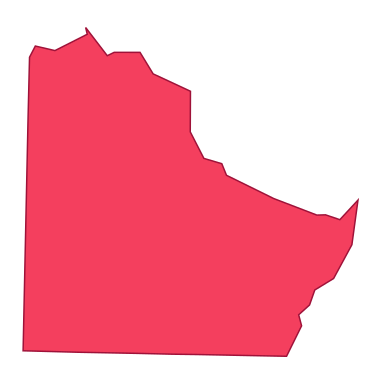 outline of Forsyth, Georgia, United States of America, rotated 271°
{"feature_id": "52423323B49486175403600", "entity_name": "Forsyth", "entity_type": "district", "adm_level": 2, "iso_a3": "USA", "parent_name": "United States of America", "parent_adm1": "Georgia", "projection": "robinson", "projection_center": [-84.104, 34.193], "detail": "fine", "context": "isolated", "style": "filled", "palette": "rose", "viewbox_px": 384, "rotation_deg": 271, "n_neighbors": 0, "source": "geoboundaries", "source_scale": "gbopen_adm2", "svg_char_len": 559}
<svg xmlns="http://www.w3.org/2000/svg" viewBox="0 0 384 384"><g transform="rotate(271 192 192)"><path d="M29.6,200.2L29.4,289.4L60.1,303.9L71.1,300.8L81.1,311.5L96.2,316.5L108.0,335.1L142.1,352.8L186.8,358.1L166.9,340.3L171.5,325.9L171.1,317.2L186.9,273.8L209.3,226.2L220.8,221.3L225.8,203.3L252.1,189.2L292.7,188.7L309.4,151.1L330.7,137.6L330.3,111.8L326.8,104.9L354.6,82.8L347.9,84.5L331.0,52.5L335.2,32.8L323.9,27.2L263.9,26.8L137.2,26.3L30.3,25.9L29.8,80.7L29.7,140.4L29.5,175.2L29.6,200.2Z" fill="#f43f5e" stroke="#9f1239" stroke-width="1.5"/></g></svg>